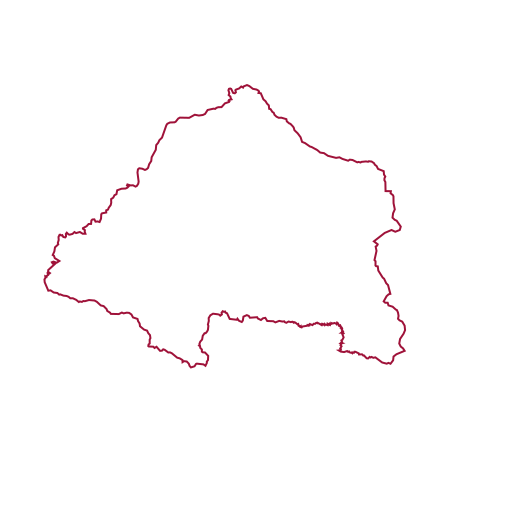 La Unión, Antioquia, Colombia (orthographic projection), rotated 123°
{"feature_id": "7082276B25571506538926", "entity_name": "La Unión", "entity_type": "district", "adm_level": 2, "iso_a3": "COL", "parent_name": "Colombia", "parent_adm1": "Antioquia", "projection": "orthographic", "projection_center": [-75.352, 5.952], "detail": "fine", "context": "isolated", "style": "outline", "palette": "rose", "viewbox_px": 512, "rotation_deg": 123, "n_neighbors": 0, "source": "geoboundaries", "source_scale": "gbopen_adm2", "svg_char_len": 6150}
<svg xmlns="http://www.w3.org/2000/svg" viewBox="0 0 512 512"><g transform="rotate(123 256 256)"><path d="M393.1,418.9L398.2,411.3L396.7,409.6L396.8,405.8L395.2,402.4L395.6,400.0L394.8,399.3L394.1,395.9L392.7,393.1L392.3,391.0L392.6,388.7L391.2,386.6L390.7,382.9L391.1,379.5L390.1,379.0L389.3,377.0L387.8,376.3L387.1,374.9L383.9,372.1L381.3,367.2L381.1,364.5L382.0,359.3L381.0,356.5L381.9,352.4L383.1,350.8L383.0,347.6L383.6,346.2L379.4,339.4L376.5,337.7L376.2,335.8L373.9,333.5L372.8,331.4L372.9,328.6L374.5,325.7L373.3,321.1L374.8,319.5L376.0,316.9L378.1,315.0L378.7,309.8L377.9,306.7L379.4,304.3L380.1,301.8L382.4,299.8L384.1,299.6L387.3,297.5L388.7,297.9L390.2,297.3L390.3,296.7L388.0,292.7L388.4,291.0L386.3,290.0L387.8,284.8L386.6,283.3L384.8,283.0L384.4,281.5L384.7,277.0L383.7,275.7L383.4,273.7L384.2,266.7L383.4,264.3L383.3,261.0L385.0,259.8L383.4,259.1L382.2,256.6L382.9,253.7L384.3,251.9L384.9,249.9L382.0,247.5L379.2,247.5L378.5,247.0L375.5,241.0L375.6,238.6L372.4,239.0L371.4,239.7L369.4,239.6L365.8,241.7L364.7,246.2L365.8,248.3L365.7,249.3L363.9,250.5L363.4,252.7L362.0,253.9L362.1,255.0L361.2,254.9L360.5,255.6L358.2,256.1L355.4,255.7L351.9,257.2L348.8,257.1L348.2,256.2L346.1,255.9L344.1,256.1L340.5,257.9L339.7,259.0L336.2,260.2L333.8,261.9L330.6,262.0L327.8,260.6L325.6,256.1L325.2,254.6L325.5,253.5L323.6,252.8L322.3,254.0L320.4,253.8L320.3,252.5L319.4,251.7L320.1,250.6L319.8,249.1L323.1,243.8L319.9,237.3L318.7,237.4L319.6,234.9L319.1,232.0L317.3,231.9L313.7,233.5L310.6,231.5L310.2,229.4L311.1,227.5L306.7,221.7L307.4,220.4L307.0,217.0L304.4,216.2L302.8,214.5L304.4,211.2L301.3,206.0L301.1,203.6L297.8,201.2L296.6,198.2L295.4,196.7L295.8,195.9L295.5,194.2L293.2,193.0L292.5,190.8L291.3,189.7L291.4,188.0L290.7,188.0L290.4,186.8L290.7,183.8L290.1,183.5L291.3,182.2L291.0,181.7L291.3,180.8L290.5,180.4L291.3,179.9L291.0,178.8L289.9,178.7L286.7,175.2L285.9,175.3L285.8,174.1L285.1,174.2L285.0,173.4L283.7,173.7L283.2,171.0L281.4,170.7L280.7,169.5L279.5,169.2L278.6,168.4L278.9,167.8L278.4,167.3L278.2,163.5L277.6,163.8L277.4,163.0L276.8,163.3L276.7,162.0L275.8,161.8L276.5,160.6L275.5,160.3L275.0,158.3L273.8,159.0L273.8,158.0L273.1,157.7L273.9,157.5L273.6,156.4L272.5,157.0L272.1,156.0L271.0,155.9L270.9,154.9L269.4,153.7L269.2,152.1L268.5,152.8L269.1,151.4L267.7,151.7L267.8,150.6L269.4,148.4L269.3,147.8L268.6,148.1L268.2,147.8L269.2,146.0L269.9,145.8L269.4,145.0L269.9,144.3L270.5,144.7L271.9,142.0L272.4,142.6L272.7,142.2L273.8,142.6L273.1,141.5L273.3,140.5L274.5,141.1L276.5,138.2L279.2,137.9L280.3,138.4L281.2,137.1L282.4,137.4L282.1,136.1L283.4,137.2L283.4,136.6L284.8,136.5L285.1,135.1L287.7,135.0L287.9,134.0L288.9,133.7L290.1,135.1L290.0,132.8L288.6,129.8L286.1,127.8L286.3,127.0L285.4,126.0L285.9,125.4L285.4,123.6L284.8,123.2L285.0,122.4L284.3,122.5L283.9,121.2L282.7,121.3L282.2,120.5L281.7,116.8L282.5,116.0L280.7,113.5L281.1,111.8L280.6,111.3L281.5,107.5L280.9,106.2L278.7,105.7L278.7,104.6L277.7,104.1L277.5,102.2L276.0,100.7L276.6,92.2L275.1,87.7L273.5,86.7L273.1,84.5L268.8,84.2L265.4,85.9L261.9,84.7L254.6,79.7L253.4,82.3L253.1,85.3L251.4,88.2L247.1,90.0L240.8,89.9L237.0,90.6L233.5,93.4L231.4,97.6L231.8,100.6L231.3,102.7L228.6,103.8L226.1,106.1L224.6,108.4L224.8,109.5L224.1,113.8L225.3,118.0L223.5,120.1L224.8,122.2L224.5,124.2L218.6,124.6L215.9,123.9L214.6,122.7L208.5,129.4L207.9,132.0L205.3,136.2L205.1,138.0L201.6,145.5L198.4,148.2L199.1,149.8L198.9,150.6L195.3,152.9L194.9,154.4L186.1,157.7L182.9,160.8L181.3,160.1L179.9,160.3L179.5,165.1L166.5,160.6L160.4,156.5L159.8,152.4L155.9,149.6L152.5,150.6L149.8,157.2L150.1,159.4L149.5,162.4L145.5,164.3L141.3,165.0L136.8,169.4L131.1,173.2L130.4,174.3L130.1,177.3L128.2,178.2L131.0,182.7L123.5,187.8L122.5,189.6L120.8,190.6L119.0,190.8L118.0,193.0L115.3,195.1L116.5,201.1L114.9,203.8L114.7,206.2L113.9,207.4L113.8,210.5L115.1,213.0L115.9,213.3L116.8,215.3L119.7,218.9L120.6,219.2L121.3,221.3L122.3,222.1L122.9,227.3L124.1,229.8L125.9,230.6L127.5,236.4L127.8,239.8L130.1,242.3L132.8,250.2L132.7,255.0L134.3,258.5L133.8,262.2L134.3,268.8L134.8,270.4L134.6,276.4L135.2,279.5L132.1,283.3L130.4,287.9L129.6,292.2L127.7,294.4L127.2,295.8L126.4,299.1L126.7,300.3L126.3,303.5L124.7,305.1L126.2,310.1L127.7,312.2L128.0,314.7L127.5,317.4L126.2,319.2L126.3,320.6L124.9,323.8L125.4,325.1L122.7,327.3L122.2,329.8L121.0,332.2L120.6,335.1L116.9,340.6L117.9,342.7L116.3,343.1L116.0,344.0L116.1,346.2L117.5,349.7L117.1,354.1L117.6,356.7L120.6,358.8L121.8,358.6L121.9,360.7L124.7,361.4L127.3,363.4L128.2,363.6L129.7,362.0L131.1,362.4L131.7,364.0L129.4,367.8L129.6,368.9L130.5,369.7L132.0,369.4L133.9,367.1L135.9,366.6L136.2,364.3L137.4,363.2L138.0,361.9L139.8,363.6L140.5,363.6L140.8,362.5L141.5,362.5L144.9,365.2L149.9,366.0L151.8,368.7L153.3,369.9L154.8,370.3L155.6,371.9L159.9,376.1L164.6,376.1L166.7,377.4L169.3,380.4L170.9,384.3L176.5,387.3L181.4,395.2L183.1,396.1L187.2,396.5L188.3,397.2L190.9,400.9L193.4,402.4L195.2,402.4L207.9,399.3L211.5,400.1L214.3,399.7L217.3,400.1L221.5,397.9L230.0,397.3L233.4,395.6L237.2,395.6L240.9,394.5L242.8,395.0L244.3,396.0L244.7,398.8L246.0,401.7L247.6,402.2L250.5,400.9L257.6,394.9L259.6,394.1L262.1,394.1L263.4,394.8L263.7,397.7L265.1,399.6L266.0,402.8L267.1,402.6L266.8,400.7L268.8,401.1L270.4,402.1L272.8,405.4L276.5,408.2L280.2,406.7L282.1,407.8L284.8,407.5L287.2,408.5L290.2,406.4L292.4,405.6L295.7,405.8L297.7,405.4L299.3,406.5L301.1,405.3L304.1,408.4L305.3,408.5L309.1,406.3L312.7,405.7L313.3,407.7L314.6,409.3L313.3,411.5L314.5,413.1L315.9,413.4L318.9,411.8L320.3,413.8L323.3,414.3L326.9,416.3L327.4,416.0L327.5,413.6L328.9,412.9L330.2,411.2L331.7,413.5L331.8,416.8L334.8,419.4L334.8,421.3L337.4,421.9L339.6,423.9L340.0,425.0L339.5,427.4L341.0,427.5L343.1,426.0L344.3,426.1L345.0,427.9L344.0,429.8L344.9,430.5L344.7,431.7L345.2,432.3L347.6,432.0L350.0,430.2L353.0,429.3L353.9,428.2L358.2,429.3L362.0,427.6L365.9,427.0L365.9,425.5L367.4,423.6L367.3,418.2L370.2,419.5L371.0,422.8L372.4,423.8L373.0,422.5L372.1,421.2L372.2,420.3L380.9,422.6L382.5,421.8L382.6,419.5L383.4,419.7L384.1,421.2L385.2,420.0L386.5,420.6L387.5,420.3L387.7,421.7L389.2,420.6L390.8,420.7L393.1,418.9Z" fill="none" stroke="#9f1239" stroke-width="2"/></g></svg>